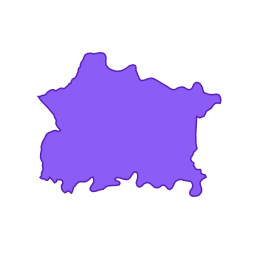 Anita Garibaldi, Santa Catarina, Brazil (orthographic projection), rotated 167°
{"feature_id": "56859067B7294135466211", "entity_name": "Anita Garibaldi", "entity_type": "district", "adm_level": 2, "iso_a3": "BRA", "parent_name": "Brazil", "parent_adm1": "Santa Catarina", "projection": "orthographic", "projection_center": [-51.083, -27.731], "detail": "fine", "context": "isolated", "style": "filled", "palette": "violet", "viewbox_px": 256, "rotation_deg": 167, "n_neighbors": 0, "source": "geoboundaries", "source_scale": "gbopen_adm2", "svg_char_len": 3783}
<svg xmlns="http://www.w3.org/2000/svg" viewBox="0 0 256 256"><g transform="rotate(167 128 128)"><path d="M80.8,47.2L77.8,46.5L75.5,46.4L73.3,47.0L71.3,48.7L70.3,50.5L70.0,53.0L70.3,55.7L70.2,58.1L69.5,59.6L68.3,60.5L66.5,61.5L64.9,62.0L63.0,62.4L63.2,64.7L65.2,65.9L67.1,67.3L66.7,69.2L66.7,71.2L69.1,71.8L71.1,72.5L71.6,74.1L72.5,77.0L71.7,79.1L73.4,81.1L74.0,83.4L73.1,85.4L71.3,86.8L69.7,89.4L67.4,90.9L65.4,92.5L65.4,95.8L65.2,98.6L64.6,100.8L64.1,103.5L63.6,106.4L62.7,109.3L59.6,119.9L58.6,123.7L55.7,121.7L53.6,122.1L51.4,122.4L49.6,124.3L48.0,126.5L44.9,127.8L42.7,128.4L41.2,129.8L39.4,131.4L37.1,132.5L34.5,132.1L32.8,131.3L31.7,133.1L31.2,135.0L31.2,137.0L31.5,139.0L32.5,140.3L34.5,141.1L36.7,141.3L38.4,141.5L40.1,142.0L41.8,142.6L43.9,143.9L46.0,145.5L46.6,147.5L46.5,149.9L46.8,152.2L48.1,155.2L49.8,156.7L51.9,157.0L54.2,155.6L55.6,153.6L56.7,152.3L58.6,151.4L60.6,151.8L62.3,153.0L63.4,154.2L65.1,155.5L67.4,155.9L69.1,155.9L71.0,155.7L72.8,155.0L74.4,154.9L76.2,155.5L77.9,156.8L79.5,158.4L80.9,160.0L82.2,161.2L85.6,164.4L90.3,168.9L91.6,170.0L92.9,170.9L94.7,171.3L97.1,171.5L99.5,171.1L102.2,170.9L104.6,171.3L105.8,173.1L106.2,175.5L106.5,177.4L107.0,180.3L107.3,183.1L106.5,185.4L107.0,187.3L108.9,188.4L110.6,188.4L112.5,188.2L114.2,187.5L116.0,186.6L118.3,185.9L120.8,185.4L122.6,185.3L124.4,185.4L126.3,185.9L128.0,186.5L129.3,187.3L130.7,188.2L132.1,189.2L133.5,190.7L134.5,192.5L135.2,194.1L135.0,196.1L134.6,198.5L133.9,200.2L133.6,202.1L133.7,204.0L135.0,206.2L137.0,207.2L139.5,207.7L142.1,207.8L143.9,207.8L145.4,208.2L147.0,209.2L150.5,209.6L153.0,209.1L154.9,206.9L156.9,204.0L158.9,202.3L160.1,200.6L160.7,198.3L162.4,197.4L163.5,195.6L163.8,193.9L165.0,192.6L166.6,190.3L168.7,188.5L171.3,188.0L172.9,185.9L173.6,184.2L175.1,184.6L176.7,183.0L178.8,182.0L180.6,180.9L182.3,181.0L184.1,181.9L186.0,181.6L187.6,181.2L189.1,180.5L191.0,181.0L192.3,182.2L194.0,182.4L196.3,181.8L198.6,180.9L200.5,179.3L202.3,178.8L204.6,179.0L206.3,178.4L208.4,178.9L206.9,175.0L201.4,165.7L197.1,157.4L197.1,155.1L196.5,153.2L196.2,151.2L197.2,148.9L196.9,146.4L196.0,144.3L195.1,142.7L194.1,140.9L196.5,140.1L198.2,141.4L199.7,142.0L201.8,142.0L204.2,141.4L206.6,141.2L208.3,140.4L210.1,138.7L211.3,136.8L212.7,135.5L214.1,133.9L215.2,132.2L216.1,130.6L217.0,128.6L217.0,126.6L217.8,124.9L218.7,122.8L219.4,120.6L219.9,118.6L219.6,116.2L218.7,113.2L219.8,110.7L219.9,108.0L220.6,105.6L221.9,104.5L222.7,102.6L223.1,100.7L224.8,99.6L223.6,98.0L221.6,97.6L220.3,96.3L218.6,95.1L216.6,96.1L215.4,97.5L214.4,96.0L213.2,94.1L211.9,91.1L209.7,91.9L208.9,93.5L207.0,93.2L205.2,92.9L203.7,91.3L204.0,88.5L205.6,87.3L206.1,85.5L206.3,83.2L205.3,80.6L203.8,79.0L201.8,79.7L199.9,80.2L198.8,78.4L197.7,77.2L196.2,79.1L194.5,82.2L192.7,83.4L190.9,85.0L188.5,86.4L186.6,86.5L184.8,85.9L182.6,85.3L180.2,85.5L178.0,86.3L175.6,87.9L173.2,88.1L172.9,85.3L173.5,83.3L174.5,82.0L175.7,80.8L177.2,79.4L178.6,77.7L178.6,75.8L176.9,74.2L175.0,73.8L172.0,73.8L169.9,74.2L167.8,74.0L165.7,74.1L163.8,75.1L162.3,75.8L160.1,76.1L157.8,75.7L155.6,75.4L152.3,74.8L149.3,74.6L148.2,76.1L149.0,78.0L151.0,79.1L152.3,81.0L150.6,82.2L148.8,81.9L146.8,81.1L144.6,79.7L142.8,78.7L140.7,78.0L139.1,78.1L137.7,78.7L136.3,80.0L134.8,81.4L133.5,82.7L131.7,83.7L129.3,82.8L129.1,79.9L129.8,77.4L130.5,75.8L131.5,74.4L132.3,72.6L132.0,69.6L130.5,68.0L128.9,68.0L127.4,68.5L126.1,69.4L124.6,70.2L121.8,70.6L119.7,69.7L118.4,68.4L117.1,66.6L115.9,64.8L114.3,63.5L111.7,63.1L110.0,63.5L108.5,64.3L107.0,64.5L105.4,63.9L104.2,62.6L102.8,59.7L101.0,58.7L98.9,59.4L97.1,61.3L95.5,63.4L94.4,64.7L92.8,65.7L90.1,66.2L87.6,65.9L85.6,64.7L83.4,63.7L81.1,62.8L79.2,62.0L78.1,60.5L77.7,58.4L78.3,55.9L79.6,54.4L81.6,52.6L82.5,50.7L82.3,48.9L80.8,47.2Z" fill="#8b5cf6" stroke="#5b21b6" stroke-width="1.5"/></g></svg>